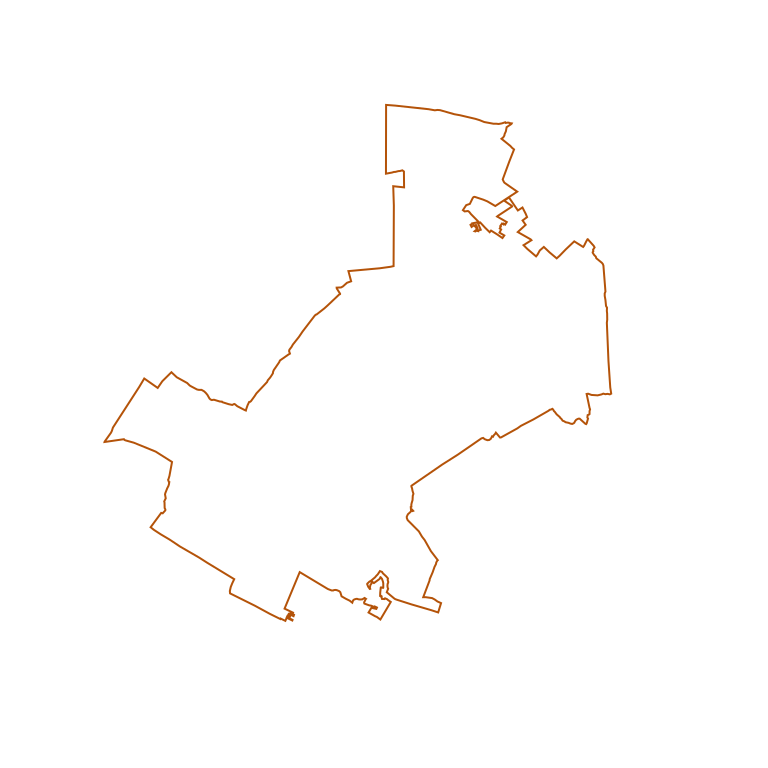 Simnicu De Sus, Dolj, Romania, rotated 228°
{"feature_id": "2599482B71423857847372", "entity_name": "Simnicu De Sus", "entity_type": "district", "adm_level": 2, "iso_a3": "ROU", "parent_name": "Romania", "parent_adm1": "Dolj", "projection": "equal_earth", "projection_center": [23.793, 44.407], "detail": "fine", "context": "isolated", "style": "outline", "palette": "amber", "viewbox_px": 768, "rotation_deg": 228, "n_neighbors": 0, "source": "geoboundaries", "source_scale": "gbopen_adm2", "svg_char_len": 6154}
<svg xmlns="http://www.w3.org/2000/svg" viewBox="0 0 768 768"><g transform="rotate(228 384 384)"><path d="M497.4,649.2L498.8,646.0L500.5,643.2L502.4,641.5L504.3,639.4L511.6,633.8L516.1,631.6L519.8,629.4L532.9,620.3L537.4,616.8L550.0,608.9L551.9,607.1L553.4,604.9L558.4,601.0L583.4,578.6L590.0,572.3L539.0,526.2L535.8,531.4L534.9,533.3L534.0,534.4L532.6,537.1L531.6,538.4L530.5,540.6L528.6,541.0L516.7,530.5L524.8,523.2L510.0,510.7L465.2,470.0L466.8,467.2L472.9,458.2L491.7,433.1L482.3,428.3L484.0,424.2L484.0,418.7L484.5,416.7L487.3,413.3L486.6,412.8L480.5,411.8L480.2,411.5L480.5,410.3L480.1,394.4L480.1,390.2L480.8,380.3L481.2,379.6L481.1,378.0L477.5,358.7L475.9,352.2L474.3,342.7L473.4,340.0L472.8,336.7L472.0,335.5L469.5,334.4L469.9,332.3L471.1,322.4L470.3,320.6L468.1,311.4L467.1,309.4L466.4,308.8L465.9,307.3L465.0,303.8L464.5,300.1L463.7,298.4L462.4,282.9L461.6,279.9L460.3,273.8L460.3,272.7L460.9,271.8L459.5,268.4L457.4,264.6L456.7,263.6L457.7,263.1L465.7,260.1L468.6,259.7L469.4,259.3L470.0,257.2L472.9,255.1L478.7,251.7L479.3,251.8L480.8,250.3L486.1,247.1L487.3,245.3L488.6,244.7L490.0,244.6L494.1,245.5L496.7,245.6L499.0,245.4L501.7,244.5L503.5,242.5L505.0,241.4L511.3,239.1L512.9,238.6L516.4,238.4L527.7,234.5L535.0,233.9L534.4,221.1L532.5,213.2L548.5,209.5L545.6,200.1L533.0,153.4L531.3,150.5L530.5,148.6L528.1,137.8L527.9,137.5L527.3,138.4L517.0,153.8L516.1,153.7L515.2,154.1L507.8,158.8L486.5,169.1L467.9,174.3L459.3,163.1L457.6,160.3L457.2,159.4L454.9,158.5L454.7,158.7L453.4,157.1L452.5,155.6L451.5,153.0L449.2,148.4L448.5,147.4L445.1,145.3L443.8,142.1L442.8,141.6L438.6,138.0L437.1,137.6L436.4,136.9L436.0,133.0L437.3,132.2L433.7,114.7L429.6,115.4L421.7,117.5L412.1,120.5L399.9,123.6L378.6,130.5L369.5,133.0L339.2,142.1L337.5,138.0L335.7,134.3L333.3,130.9L331.4,129.5L305.6,139.7L289.5,145.4L278.7,149.7L278.9,150.2L274.0,152.2L275.4,155.3L269.6,157.6L269.9,158.2L275.8,155.9L276.2,156.9L273.8,157.9L274.4,159.0L276.5,158.3L276.9,159.4L272.0,161.4L272.7,162.7L276.5,161.1L276.8,161.9L274.6,162.8L274.9,163.4L283.6,159.8L300.6,195.5L269.2,205.1L265.5,207.0L264.5,208.2L264.3,209.0L263.2,210.4L262.0,211.2L260.0,212.1L258.5,212.2L254.6,210.4L250.0,211.9L246.0,213.5L242.7,214.1L243.8,216.1L243.9,217.0L243.7,217.9L242.9,219.6L242.3,220.3L241.3,220.8L240.0,221.9L238.5,223.7L238.0,226.4L236.4,226.8L236.4,226.3L235.8,225.1L235.1,223.2L234.7,222.8L233.9,222.5L229.4,224.9L227.9,226.1L225.1,227.4L225.0,228.2L222.6,229.2L222.0,227.8L226.1,224.9L224.5,219.6L217.4,222.0L215.7,222.8L211.4,223.7L217.5,243.2L220.9,242.4L222.0,242.3L224.0,241.4L224.2,241.0L223.9,240.4L225.6,238.7L227.0,239.4L227.7,240.1L227.9,240.1L227.8,239.5L228.1,239.5L228.3,239.9L229.1,239.3L231.6,241.7L234.9,245.4L234.9,245.7L233.1,246.9L233.1,247.1L233.7,247.7L236.4,250.1L237.7,250.9L240.5,252.1L242.6,252.2L242.8,252.1L242.7,251.7L242.2,250.8L242.1,250.2L242.8,243.3L243.4,243.0L244.9,243.1L245.5,242.8L244.0,240.9L243.8,239.5L243.3,238.8L242.1,237.2L241.0,236.7L241.2,236.3L243.9,236.6L246.6,237.6L246.8,238.0L246.9,240.9L246.5,242.6L246.3,247.9L246.6,249.9L246.7,251.9L247.7,255.8L245.6,256.8L244.1,256.5L239.7,256.9L237.3,256.9L236.7,256.7L236.3,256.0L235.6,255.4L234.4,254.9L233.6,254.2L233.0,252.9L231.6,251.4L230.1,250.4L229.1,250.1L227.4,246.7L217.7,248.1L216.6,248.4L215.1,249.2L201.9,256.9L184.1,267.9L178.0,271.4L183.0,279.8L186.6,278.2L189.9,277.5L192.7,276.5L197.6,272.4L199.3,270.5L207.5,286.4L208.4,287.4L211.5,294.1L214.3,299.2L215.4,302.1L216.4,303.4L217.1,305.4L217.1,306.1L228.3,307.0L240.9,309.8L245.2,310.1L251.1,311.3L267.0,310.5L269.2,311.3L270.2,312.2L271.2,314.6L271.2,317.6L271.4,319.6L270.4,320.2L270.2,320.8L272.0,320.8L272.5,319.9L274.7,321.6L274.5,322.3L275.8,323.3L276.9,324.7L278.6,327.5L281.7,330.6L282.7,332.4L285.5,333.7L287.8,335.1L289.4,335.7L290.0,336.3L285.2,373.2L282.1,391.6L278.4,420.0L277.6,421.6L275.6,421.9L273.1,423.2L272.0,424.7L271.8,426.7L272.8,429.3L271.9,429.7L272.4,431.1L272.6,433.3L273.0,434.6L266.6,434.4L266.0,435.2L261.8,453.4L261.3,457.7L257.7,471.3L254.0,488.5L254.0,489.8L253.3,491.0L252.9,492.5L251.8,492.6L250.3,492.2L249.0,492.3L246.0,492.0L241.8,492.5L240.6,492.3L239.5,492.5L237.2,492.2L235.4,493.1L234.2,493.3L231.6,495.2L229.9,496.0L228.4,497.1L227.9,498.7L227.9,499.6L228.5,501.0L228.8,502.9L228.4,504.6L228.0,505.5L227.3,506.2L219.7,507.0L218.9,507.4L219.1,508.2L221.8,512.5L223.0,512.7L224.6,514.5L224.1,516.0L224.1,516.6L226.3,518.6L227.3,520.2L228.6,520.7L241.0,527.9L240.2,529.2L237.0,530.9L232.6,535.2L230.7,538.7L230.1,540.5L228.3,541.7L227.1,543.5L225.2,544.9L224.8,546.4L230.0,549.8L250.9,566.2L280.4,590.6L282.4,592.9L287.1,597.0L289.2,598.5L291.5,600.8L293.4,601.2L298.3,604.8L301.8,607.0L303.6,608.6L304.5,610.4L325.2,626.3L326.7,626.9L328.2,627.0L335.4,625.9L336.9,626.6L339.3,626.5L341.8,626.9L342.3,627.2L342.6,628.4L343.9,629.2L344.6,631.9L346.4,632.3L355.3,632.3L355.4,632.1L354.6,629.6L352.8,625.0L352.6,623.7L362.7,620.8L362.4,609.2L361.8,600.2L361.8,596.4L371.1,595.1L378.9,594.5L379.0,589.1L377.4,584.5L377.1,582.4L388.4,580.9L393.8,580.6L392.2,589.8L393.3,589.8L407.4,585.1L407.5,595.8L412.8,596.4L412.3,602.0L415.7,603.2L422.5,605.0L423.4,599.6L439.0,601.7L439.8,596.0L430.9,598.2L430.3,598.1L430.2,597.9L432.8,580.9L432.8,580.1L422.2,583.6L421.4,580.7L422.9,580.4L422.6,579.6L424.3,579.1L423.6,576.1L422.9,576.2L422.1,574.1L420.5,574.5L419.2,571.1L413.9,572.8L413.2,569.7L419.8,568.1L426.4,566.2L426.1,564.1L432.5,563.7L439.6,563.6L440.1,561.2L433.9,559.1L435.0,556.4L434.7,556.2L436.1,555.3L436.2,554.0L436.9,553.6L436.7,557.4L437.6,557.8L438.1,556.9L439.3,557.2L439.2,558.4L440.7,558.8L440.8,557.0L441.8,557.1L442.1,554.2L444.4,554.8L444.3,555.7L443.8,557.2L444.2,557.3L442.3,560.5L441.3,562.8L452.1,562.3L454.9,562.5L456.4,562.1L458.3,559.4L460.4,559.0L461.9,564.8L460.4,568.3L462.8,574.3L463.0,575.5L462.7,576.3L462.1,576.8L454.6,581.1L450.6,583.0L441.8,585.8L437.8,611.7L452.9,608.2L454.0,608.3L456.6,609.1L465.5,626.0L471.3,637.6L473.9,637.2L476.3,637.2L487.6,635.4L487.5,637.7L488.1,639.7L489.0,640.8L490.2,643.6L492.8,647.0L492.0,652.7L492.2,653.3L494.0,651.8L494.6,651.7L495.4,650.9L496.6,649.1L497.4,649.2Z" fill="none" stroke="#b45309" stroke-width="2"/></g></svg>